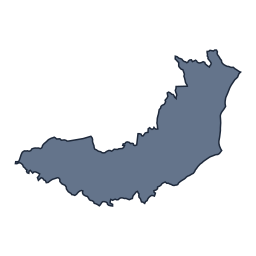 Jaguaripe, Brazil
{"feature_id": "56859067B34110890821904", "entity_name": "Jaguaripe", "entity_type": "district", "adm_level": 2, "iso_a3": "BRA", "parent_name": "Brazil", "parent_adm1": "", "projection": "robinson", "projection_center": [-39.007, -13.088], "detail": "fine", "context": "isolated", "style": "filled", "palette": "slate", "viewbox_px": 256, "rotation_deg": 0, "n_neighbors": 0, "source": "geoboundaries", "source_scale": "gbopen_adm2", "svg_char_len": 5074}
<svg xmlns="http://www.w3.org/2000/svg" viewBox="0 0 256 256"><path d="M90.9,136.3L83.1,138.6L68.3,141.1L67.1,141.1L65.9,140.3L64.2,139.9L62.8,140.1L61.3,140.2L59.9,138.8L58.3,138.9L56.6,139.0L55.4,137.9L54.2,137.2L52.8,137.8L51.3,138.2L49.7,139.0L48.4,139.7L47.1,141.0L45.7,142.3L44.1,143.6L42.6,145.4L42.2,146.9L41.6,148.0L40.3,148.6L38.4,148.0L36.9,148.1L35.0,148.0L33.2,148.4L31.7,149.0L30.9,150.5L29.1,151.3L27.5,150.8L26.2,151.0L24.4,150.9L23.3,151.5L22.2,152.4L21.1,154.8L19.7,159.2L18.8,161.3L17.4,161.7L15.7,161.7L15.4,163.6L16.9,163.7L18.5,162.9L20.1,162.8L21.5,163.7L22.7,164.9L23.4,166.8L24.7,167.7L25.6,169.0L26.9,169.9L26.5,171.3L27.3,172.8L28.8,173.3L29.1,171.1L30.2,170.3L31.6,171.8L32.7,173.1L34.0,171.9L35.6,171.9L37.7,172.8L39.7,173.9L38.9,175.9L37.4,177.6L37.9,178.8L38.4,180.3L39.8,179.0L41.2,177.7L43.0,178.5L43.6,179.8L45.4,180.6L46.3,182.7L48.2,182.4L49.6,181.2L50.9,180.3L52.1,179.5L53.4,179.0L54.8,178.6L56.0,178.2L57.4,177.7L58.6,177.9L59.8,179.2L59.9,181.5L60.7,182.5L62.0,183.9L63.5,184.6L64.9,185.2L66.2,186.9L66.4,188.9L67.3,190.3L68.3,191.7L69.6,192.6L71.1,193.5L71.7,194.6L73.2,194.8L74.8,195.4L76.5,194.3L77.6,192.9L78.7,191.8L80.1,190.9L81.5,190.5L82.8,190.9L82.5,192.8L83.3,194.6L84.9,195.6L86.0,196.1L87.5,196.5L88.6,198.3L89.5,199.8L90.5,200.4L92.2,200.7L93.6,201.7L94.2,203.3L95.7,203.7L97.6,204.6L99.3,205.8L100.2,204.9L101.0,203.7L101.7,202.6L102.6,201.7L104.0,201.6L105.7,201.9L107.1,202.8L107.6,204.4L108.8,205.3L110.8,205.8L112.6,206.0L112.6,204.3L111.3,203.7L110.1,202.9L110.3,201.0L110.8,199.4L112.7,200.3L114.0,199.6L115.2,199.2L116.6,199.8L118.1,199.7L119.3,198.7L120.3,198.0L121.9,197.8L123.2,198.1L124.4,198.5L126.0,198.4L127.7,199.1L129.3,199.7L131.0,198.9L132.4,198.5L132.6,197.2L133.2,195.6L134.6,194.0L135.5,192.8L136.4,191.8L137.5,191.4L138.1,192.8L139.0,194.0L138.8,195.7L139.1,197.4L140.3,198.5L141.0,200.4L141.5,201.9L142.8,202.1L144.7,203.4L145.5,201.6L147.1,200.6L147.8,198.9L148.7,197.6L150.0,196.4L151.6,195.4L153.1,195.6L154.4,196.1L154.9,194.8L155.4,193.1L154.1,192.3L153.9,190.7L155.2,190.3L156.4,189.8L157.5,188.7L157.6,186.9L159.5,186.2L161.0,185.1L162.0,183.6L163.6,182.7L165.2,182.0L166.8,183.3L168.3,183.2L170.0,184.1L171.2,184.4L172.5,185.2L174.0,185.5L175.5,185.1L176.7,185.0L177.8,184.5L178.5,183.1L179.7,182.0L181.2,180.9L182.6,180.0L184.3,179.0L185.5,178.0L186.4,177.0L187.6,176.2L189.6,175.4L191.5,174.2L193.3,173.3L194.6,171.6L195.4,169.8L196.3,168.8L197.0,167.8L197.8,166.6L198.8,165.5L200.2,164.0L202.0,162.7L203.4,161.4L204.8,160.4L206.5,159.2L208.0,158.2L209.6,157.1L210.9,156.5L212.3,156.0L213.6,155.5L215.0,154.9L216.2,154.6L217.8,154.5L219.4,153.5L221.7,150.5L220.9,149.3L219.5,146.1L218.9,143.3L218.9,141.1L219.6,137.2L220.4,130.7L220.4,128.0L220.7,122.9L220.6,120.5L220.3,115.8L220.8,113.8L221.9,111.8L224.0,109.0L225.6,106.4L225.1,103.8L225.1,101.7L225.3,100.3L225.7,97.7L227.6,93.3L229.1,89.5L229.8,87.7L231.2,85.1L233.8,81.2L234.8,79.7L236.3,78.4L237.6,77.1L238.2,75.5L239.0,73.6L240.6,72.1L239.0,71.4L236.5,69.7L235.0,68.8L233.3,67.3L231.3,67.4L229.9,67.0L228.8,66.5L227.0,66.3L225.4,65.5L224.1,64.8L223.1,64.0L221.8,62.5L221.4,60.3L220.1,58.7L219.4,57.4L218.4,55.9L217.6,54.9L217.1,53.4L217.4,51.9L216.5,50.1L214.8,50.0L213.4,51.0L211.9,50.7L210.0,50.3L208.6,51.4L207.1,51.4L207.1,52.8L207.5,54.2L207.3,56.1L208.1,57.2L208.0,58.7L209.3,60.3L210.4,61.7L211.2,63.2L210.8,64.8L210.0,65.6L209.4,67.0L207.9,66.1L206.5,65.0L205.2,63.8L204.8,62.4L203.1,61.7L201.6,62.5L199.9,63.0L198.5,62.8L197.3,62.2L196.6,61.0L195.6,60.2L194.0,61.0L192.4,61.6L191.4,59.8L189.7,60.0L188.4,61.0L187.8,62.3L186.6,62.7L185.7,61.9L184.1,61.5L182.7,60.4L181.9,59.2L180.2,58.5L178.9,58.2L177.1,56.7L175.3,56.2L175.2,59.0L176.7,60.4L177.7,61.7L178.7,62.4L178.7,64.3L178.7,66.0L179.3,67.2L180.3,68.3L181.3,69.3L182.8,69.7L183.7,72.1L184.4,74.2L183.9,76.2L184.5,77.9L185.1,80.3L185.5,82.4L186.2,83.7L187.0,84.9L187.3,86.2L176.1,86.5L176.0,88.5L175.3,90.4L175.9,92.6L176.6,94.1L176.7,95.5L176.1,96.9L176.1,98.5L174.6,97.2L173.9,95.5L173.1,94.5L171.8,94.3L170.4,93.0L168.6,92.1L167.2,93.0L167.5,94.7L167.9,96.3L167.1,97.9L166.1,99.1L165.1,100.2L165.6,101.7L165.0,103.2L164.2,104.4L163.0,104.9L161.9,105.5L161.0,106.4L160.5,108.3L159.2,109.6L158.8,111.9L158.4,114.2L157.8,116.1L157.3,118.3L157.1,121.5L156.9,123.0L157.4,125.4L157.5,127.2L157.8,128.9L156.1,129.2L154.9,128.6L154.0,127.4L153.4,128.7L152.0,129.4L150.6,128.6L149.7,127.7L148.2,128.8L148.1,130.7L148.0,132.4L146.8,132.5L145.2,133.0L144.0,134.7L142.9,136.0L141.7,135.7L141.0,134.1L139.4,133.7L138.0,133.7L136.7,144.9L134.9,145.6L133.6,145.0L133.2,143.6L132.0,143.3L130.7,143.6L129.1,142.3L127.1,141.9L125.7,142.5L124.9,143.8L123.2,143.9L122.7,145.4L124.5,145.7L123.7,147.4L122.3,148.5L120.5,148.6L118.8,148.8L117.7,149.4L116.0,149.4L114.2,149.2L112.8,150.4L111.5,151.2L110.2,150.5L108.6,150.5L106.3,151.6L105.0,152.7L103.4,152.9L102.0,152.7L101.0,151.9L99.9,151.5L98.6,151.3L97.5,150.6L96.3,149.8L94.7,149.1L94.1,147.3L94.0,145.9L93.4,144.3L92.8,142.6L92.5,141.2L92.6,139.6L92.2,138.0L90.9,136.3Z" fill="#64748b" stroke="#1e293b" stroke-width="1.5"/></svg>